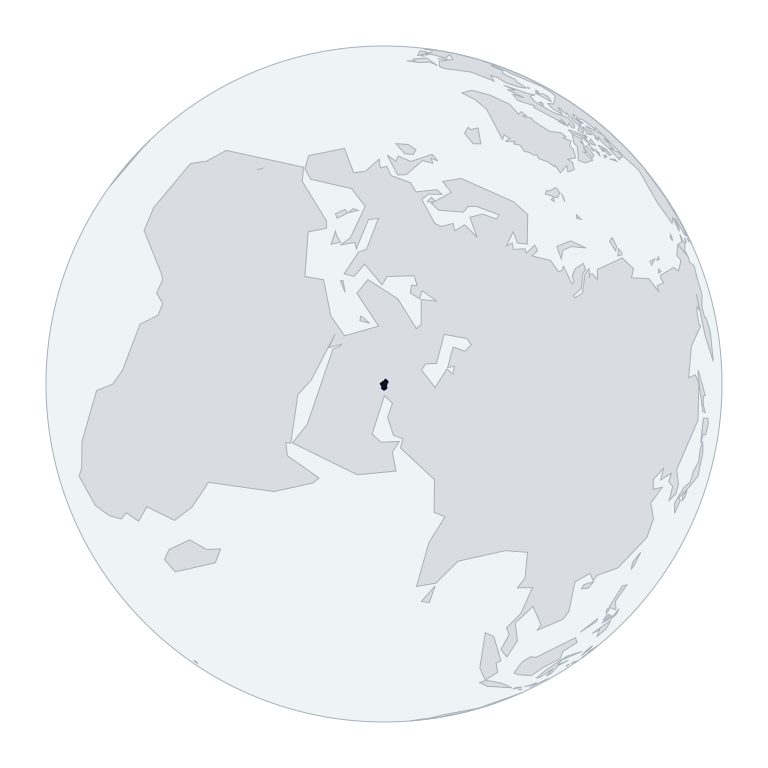 Dhi-Qar on an orthographic globe, rotated 49°
{"feature_id": "IRQ-3225", "entity_name": "Dhi-Qar", "entity_type": "Province", "adm_level": 1, "iso_a3": "IRQ", "parent_name": "Iraq", "parent_adm1": "", "projection": "orthographic", "projection_center": [46.195, 31.256], "detail": "fine", "context": "on_globe", "style": "filled", "palette": "ink", "viewbox_px": 768, "rotation_deg": 49, "n_neighbors": 0, "source": "natural_earth", "source_scale": "10m", "svg_char_len": 11483}
<svg xmlns="http://www.w3.org/2000/svg" viewBox="0 0 768 768"><g transform="rotate(49 384 384)"><circle cx="384" cy="384" r="338" fill="#eef3f6" stroke="#a8b0b8"/><path d="M391.6,46.2L421.9,48.6L437.3,50.4L431.0,50.0L460.6,54.9L479.8,59.9L457.5,54.2L452.8,53.4L466.9,56.9L465.2,56.9L471.0,59.0L467.7,59.1L451.7,55.8L449.3,56.1L459.4,58.7L462.5,61.1L448.0,57.1L451.8,61.2L425.8,58.6L389.7,51.4L372.9,53.4L329.2,56.2L330.8,57.4L315.2,60.5L311.2,63.4L304.3,64.0L307.1,65.9L314.2,64.9L317.8,65.7L316.1,67.6L307.0,68.3L306.5,67.4L302.9,68.7L299.0,68.4L300.0,69.6L289.1,70.9L297.2,72.6L286.4,76.2L279.8,76.3L284.0,72.3L279.3,65.9L274.0,66.4L262.3,70.1L232.8,84.6L225.5,87.5L213.0,94.1L215.3,93.8L225.9,88.7L227.3,90.7L240.1,85.2L242.5,85.6L254.3,82.3L248.7,87.3L236.8,94.3L226.7,97.6L221.2,101.1L227.6,102.2L205.9,113.5L186.3,130.8L181.1,133.8L176.5,130.6L184.4,118.9L178.5,118.3L178.3,123.7L165.3,132.6L161.5,136.5L159.9,139.5L163.3,138.3L158.0,142.9L156.2,138.3L161.0,134.1L161.5,135.3L165.1,130.3L163.8,128.8L157.3,134.3L161.0,130.1L180.5,114.2L201.1,99.9L222.7,87.1L245.2,75.9L268.4,66.5L292.3,58.7L316.7,52.8L341.5,48.8L366.5,46.5L391.6,46.2ZM46.5,400.8L47.3,410.2L51.4,437.5L54.1,455.3L54.8,460.2L49.3,430.7L46.5,400.8ZM449.1,52.4L448.7,52.3L441.0,50.9L448.1,52.2L449.1,52.4ZM472.4,59.3L475.2,59.9L477.0,60.8L472.4,59.3ZM256.6,79.9L255.5,81.1L253.9,81.0L256.6,79.9ZM262.8,77.6L261.8,76.7L264.6,75.6L265.2,76.1L262.8,77.6ZM473.6,62.0L475.8,63.7L470.8,61.3L473.6,62.0ZM263.4,79.0L269.7,73.6L274.6,71.7L280.9,72.4L263.4,79.0ZM475.2,64.4L480.6,69.6L487.1,70.9L471.5,70.8L472.1,65.9L465.0,62.5L471.9,64.4L475.2,64.4ZM317.2,63.9L309.5,65.0L317.5,62.5L317.2,63.9ZM321.4,62.2L340.7,55.1L351.2,55.0L342.6,57.1L357.4,56.2L353.0,59.6L343.9,60.8L338.0,60.0L340.8,62.1L321.4,62.2ZM462.1,70.4L461.0,71.5L459.1,69.8L462.1,70.4ZM319.9,65.8L322.8,64.1L332.1,63.8L327.9,67.2L326.2,66.1L319.9,65.8ZM363.4,54.7L369.6,55.4L367.7,58.2L369.9,59.0L353.8,59.7L363.4,54.7ZM323.3,67.2L325.5,69.0L319.6,71.0L317.6,67.5L323.3,67.2ZM336.3,62.4L340.5,62.6L336.8,63.5L336.3,62.4ZM299.8,80.2L303.1,77.6L308.3,77.1L299.8,80.2ZM326.7,69.6L328.7,69.0L331.1,68.6L331.3,70.3L326.7,69.6ZM353.6,61.9L351.6,63.1L360.1,61.7L359.1,64.2L348.5,64.4L352.6,65.4L352.3,66.2L344.1,65.6L353.6,61.9ZM338.7,71.3L325.0,73.2L317.7,77.8L312.9,78.2L325.6,70.8L338.7,71.3ZM342.6,67.9L339.1,70.0L335.0,69.1L334.8,67.2L342.6,67.9ZM362.1,66.1L366.5,62.1L368.6,62.3L362.1,66.1ZM337.4,72.7L340.8,72.2L337.4,73.1L337.4,72.7ZM355.5,68.1L356.7,66.6L359.1,66.8L355.5,68.1ZM346.4,72.9L342.0,73.4L341.7,71.9L346.4,72.9ZM351.2,70.8L354.2,71.5L344.3,71.1L351.4,70.1L351.2,70.8ZM357.5,68.6L359.4,68.2L356.7,69.2L357.5,68.6ZM350.0,78.5L337.5,78.4L336.9,75.0L349.2,75.5L350.0,78.5ZM99.8,442.0L90.7,385.4L99.5,371.6L104.2,349.8L167.6,302.5L177.5,312.8L223.5,320.5L228.6,325.3L219.5,341.5L251.0,373.2L265.6,361.2L297.8,379.5L321.7,382.2L336.8,350.1L297.7,344.9L294.7,327.6L328.9,317.7L363.5,323.3L363.5,316.8L344.7,300.6L355.8,289.9L338.5,294.1L343.2,301.2L332.5,304.5L327.6,298.3L331.7,294.5L322.1,290.3L305.0,311.0L307.8,320.4L280.9,320.0L283.1,336.1L274.7,341.7L267.8,316.8L270.8,308.7L255.4,279.7L249.7,287.9L263.9,316.3L258.0,313.0L250.5,325.8L251.6,313.4L237.6,281.7L215.4,280.2L181.5,304.9L169.7,302.6L162.3,290.9L180.2,259.3L204.6,268.3L211.3,258.6L211.1,240.2L218.6,245.0L221.5,239.0L231.2,242.0L249.6,231.9L260.1,233.8L271.9,216.8L278.9,215.8L269.9,225.9L269.4,234.4L296.2,240.3L302.7,237.6L308.2,226.5L314.9,230.1L316.8,218.7L334.4,217.5L314.5,209.8L320.4,198.1L333.5,190.9L331.9,186.1L310.5,197.8L305.2,204.0L306.4,211.3L288.9,228.6L278.7,229.7L283.5,207.4L269.6,206.9L279.4,191.0L331.1,166.8L350.3,164.3L372.4,184.1L365.3,190.8L353.8,186.6L360.2,201.0L361.7,194.7L367.3,198.1L374.4,188.9L378.6,191.0L378.1,179.1L384.1,180.7L384.4,188.2L400.0,177.3L413.7,178.7L415.2,175.3L412.9,171.3L431.9,176.5L432.1,173.9L426.0,171.0L422.5,164.2L423.7,154.5L430.2,156.8L430.6,160.6L441.4,172.6L441.5,183.2L444.3,183.3L445.7,174.7L432.7,159.9L431.5,153.5L438.9,159.6L436.1,156.8L437.6,154.4L445.2,154.5L437.6,147.6L445.2,121.5L460.6,120.0L466.2,127.6L478.4,114.9L494.8,116.2L489.1,113.3L491.1,106.5L486.0,105.9L483.4,104.1L486.1,88.8L491.8,87.8L486.5,79.8L483.6,78.6L479.1,78.8L471.5,70.8L487.1,70.9L493.0,73.5L498.8,72.6L511.3,79.1L524.3,84.8L534.7,93.7L544.1,98.2L545.3,97.4L559.0,103.7L583.0,120.7L558.3,109.9L521.2,89.4L535.9,97.5L531.0,96.9L535.3,100.9L545.8,107.1L548.0,107.0L556.9,126.9L579.1,150.0L581.3,143.1L590.1,145.9L617.3,170.8L640.8,219.6L652.8,227.5L658.4,235.7L658.9,245.2L650.7,233.3L644.6,233.2L639.9,225.6L637.9,238.2L631.0,228.0L632.8,243.7L640.2,249.7L644.5,241.6L648.9,260.8L662.6,269.1L672.2,286.1L676.2,328.2L668.2,348.7L669.4,355.0L662.0,352.8L658.6,369.7L677.2,394.0L678.9,403.5L670.3,430.2L669.0,423.5L649.6,417.5L650.5,441.7L665.3,451.8L670.6,470.3L661.1,470.0L655.3,454.1L648.3,451.4L647.0,431.1L635.1,405.5L625.3,417.0L623.0,404.9L605.2,386.1L589.4,401.7L566.3,444.4L568.3,475.6L558.1,492.3L533.2,454.1L524.1,425.0L513.8,430.4L489.3,408.6L443.1,413.5L437.8,405.7L428.8,410.4L411.7,403.3L404.0,390.2L393.1,391.5L414.1,425.8L425.9,424.5L437.4,410.2L440.9,422.5L457.6,432.0L434.9,463.8L368.4,491.7L364.0,468.2L324.2,399.7L326.6,392.3L326.5,391.4L326.2,389.8L320.4,401.7L314.2,387.9L333.2,436.2L335.5,456.0L367.4,493.1L363.9,496.6L374.8,504.0L412.3,494.7L412.1,502.4L393.1,537.5L343.0,581.0L350.9,609.4L349.5,631.6L321.1,643.5L326.5,659.3L312.3,662.9L313.4,670.9L303.6,677.5L286.2,681.6L253.5,674.5L249.1,667.4L229.1,649.4L200.4,605.2L206.1,588.8L202.2,572.5L178.8,528.9L183.8,509.4L178.1,498.2L166.1,495.9L159.8,482.2L152.8,478.9L110.8,464.4L99.8,442.0ZM141.9,333.0L139.3,339.2L139.2,339.3L141.9,333.0ZM398.0,346.6L420.2,347.7L413.9,326.6L421.9,325.6L416.8,319.2L413.3,325.1L401.5,307.5L412.4,301.4L411.6,292.3L404.1,291.6L386.0,306.0L402.9,330.8L396.2,339.4L398.0,346.6ZM165.5,132.8L165.4,133.3L162.8,136.9L162.0,136.5L165.5,132.8ZM163.5,147.5L155.1,154.5L160.6,148.8L157.8,149.0L165.8,138.0L178.9,134.8L171.5,137.9L163.5,147.5ZM180.2,123.6L173.6,130.2L180.3,123.2L180.2,123.6ZM228.2,206.2L229.9,211.5L223.8,217.2L210.5,217.3L219.1,208.6L228.2,206.2ZM233.7,217.8L242.2,197.0L250.9,197.0L244.6,200.4L249.4,202.4L240.6,208.5L240.6,229.8L235.2,236.5L213.5,231.4L223.5,229.0L221.2,223.7L233.7,217.8ZM248.7,151.9L252.5,145.0L266.3,153.4L261.2,159.0L247.5,158.7L245.5,152.1L248.7,151.9ZM273.4,82.2L273.9,80.6L276.5,80.1L278.1,81.2L273.4,82.2ZM300.9,79.0L273.6,89.5L272.9,87.9L257.7,97.0L249.9,96.7L259.9,90.6L242.6,97.8L248.5,92.2L237.0,97.7L260.2,84.2L264.8,80.2L262.6,84.6L269.7,84.9L274.2,83.8L290.3,78.0L303.7,70.4L312.9,70.2L315.8,72.1L314.0,73.9L308.6,73.3L310.0,76.1L300.8,76.7L300.9,79.0ZM344.6,106.1L339.1,102.7L340.4,112.4L331.2,111.4L332.0,112.6L323.8,114.6L315.2,119.4L311.6,118.2L309.8,120.7L304.4,122.4L300.7,125.5L292.9,124.7L287.8,128.6L287.0,126.1L280.3,133.2L281.8,127.7L274.9,129.9L277.1,134.1L244.0,126.3L228.9,128.7L215.5,134.2L219.9,125.1L235.3,114.6L255.0,105.7L268.9,105.3L268.4,101.7L274.9,100.6L272.6,103.9L280.0,98.3L284.7,98.4L302.3,93.1L310.0,86.0L316.7,84.3L316.0,87.2L323.1,83.5L326.3,88.0L331.1,87.1L339.1,91.0L335.0,97.9L340.7,96.4L347.0,99.8L344.6,106.1ZM352.0,79.7L349.2,87.1L342.8,90.5L331.6,82.4L326.7,82.6L319.3,78.4L328.8,73.8L330.0,75.3L333.4,75.8L329.1,77.0L335.1,76.4L337.1,78.7L342.2,79.0L339.9,81.2L352.0,79.7ZM236.8,320.5L241.2,322.5L248.6,323.7L243.9,332.2L236.8,320.5ZM226.7,299.0L231.1,299.1L228.1,310.7L223.6,309.0L226.7,299.0ZM236.0,289.6L231.5,298.2L231.2,292.5L236.0,289.6ZM274.2,225.6L279.1,225.4L278.6,228.2L274.8,231.6L274.2,225.6ZM346.5,137.7L344.4,134.4L346.5,133.5L348.5,125.4L355.5,125.9L357.0,131.0L346.5,137.7ZM328.7,355.1L320.4,360.6L317.4,357.1L320.9,355.9L328.7,355.1ZM279.0,347.0L289.2,353.2L277.6,349.2L279.0,347.0ZM354.5,136.9L354.5,133.4L358.0,135.9L354.5,136.9ZM360.7,126.0L365.2,128.1L356.6,125.1L360.7,126.0ZM470.3,707.7L473.2,707.9L467.7,709.1L470.3,707.7ZM408.3,628.6L388.8,664.8L372.5,664.8L367.9,654.8L374.1,633.0L392.6,626.4L401.3,615.5L408.3,628.6ZM702.3,483.2L704.8,479.9L704.5,481.4L702.3,483.2ZM699.8,483.3L703.3,478.6L698.7,487.0L699.8,483.3ZM704.6,476.8L708.0,469.0L709.6,464.6L708.9,467.7L704.6,476.8ZM697.2,486.8L679.9,504.4L672.1,507.7L674.7,501.3L687.2,491.4L697.2,486.8ZM674.0,501.7L661.2,498.0L638.2,470.7L646.6,466.8L669.5,477.3L668.2,482.5L676.0,487.2L674.0,501.7ZM702.2,450.4L700.7,464.2L691.8,473.1L687.4,475.5L684.4,462.2L686.1,452.2L690.0,448.8L701.1,406.0L705.7,407.8L703.2,424.4L706.8,431.3L702.2,450.4ZM570.0,478.0L578.7,493.3L572.7,498.3L570.0,478.0ZM702.5,380.1L700.1,398.5L701.3,376.4L702.5,380.1ZM701.5,361.1L703.1,367.1L700.1,363.4L701.5,361.1ZM672.1,363.9L668.1,369.2L666.6,364.8L670.7,355.5L672.1,363.9ZM679.5,300.8L684.9,314.0L686.1,319.2L681.6,313.1L679.5,300.8ZM414.1,142.1L403.4,152.2L400.4,161.1L405.9,168.1L393.6,163.2L398.3,149.4L414.1,142.1ZM440.7,123.5L435.7,118.3L440.8,118.3L442.6,119.5L440.7,123.5ZM435.6,121.9L424.1,120.0L423.2,115.7L432.5,118.0L435.6,121.9ZM389.1,127.1L385.4,129.9L382.7,127.7L389.1,127.1ZM655.4,585.4L663.6,572.3L665.0,570.8L672.6,556.3L690.8,525.0L706.1,486.0L707.1,483.1L697.5,510.2L685.6,536.4L671.5,561.6L655.4,585.4ZM708.4,473.4L712.9,457.2L714.3,452.9L708.4,473.4ZM720.6,413.5L720.5,414.5L720.6,411.1L721.3,402.8L720.2,406.1L721.6,394.7L721.6,399.6L720.6,413.5ZM717.1,427.7L716.7,431.4L716.1,431.0L717.1,427.7ZM718.2,422.9L719.7,419.8L717.8,426.4L718.2,422.9ZM708.8,431.2L709.9,437.2L713.4,426.1L710.7,438.0L712.1,447.0L710.9,453.3L709.7,443.2L707.7,459.2L706.0,461.6L706.0,450.6L708.2,432.6L709.8,423.7L715.7,410.1L708.8,431.2ZM718.5,413.2L717.9,405.7L718.2,398.2L719.0,401.2L718.5,413.2ZM714.4,388.6L710.7,382.5L708.9,390.7L711.1,367.4L714.5,377.0L714.4,388.6ZM709.0,368.9L707.4,376.5L708.1,363.8L709.0,368.9ZM706.2,373.9L704.4,366.9L706.5,364.9L706.2,373.9ZM710.1,367.3L707.8,353.9L710.2,359.8L710.1,367.3ZM699.6,351.5L706.5,357.2L700.1,360.5L692.8,336.7L695.0,332.5L699.6,351.5ZM667.9,236.1L663.5,230.5L663.6,225.8L666.6,230.9L667.9,236.1ZM659.6,207.6L662.1,222.8L663.4,236.2L666.2,236.8L672.2,249.5L664.5,242.7L658.8,225.4L659.0,217.4L652.8,207.6L649.1,197.5L640.2,187.6L636.5,181.2L644.6,188.0L659.6,207.6ZM636.3,183.7L619.4,165.4L622.4,162.1L626.8,165.3L633.3,174.9L631.3,176.0L636.3,183.7ZM616.2,160.3L614.1,161.5L585.0,142.4L579.6,137.7L603.4,149.1L602.7,151.1L609.3,156.8L616.2,160.3ZM464.7,72.3L461.3,71.6L464.1,71.3L464.7,72.3ZM480.5,104.0L477.5,101.5L480.8,100.9L480.5,104.0ZM470.8,94.7L469.2,97.0L468.2,93.5L470.8,94.7ZM466.0,102.8L467.2,97.5L470.0,104.0L466.0,102.8Z" fill="#d9dde1" stroke="#a8b0b8" stroke-width="1"/><path d="M381.9,381.7L381.8,380.9L381.6,380.3L381.6,380.1L381.7,379.9L382.2,380.0L382.5,379.8L382.8,379.7L383.0,379.7L383.3,379.6L384.6,379.6L384.8,379.8L384.7,379.8L384.6,380.0L384.7,380.3L385.1,380.9L385.1,381.1L385.2,381.4L385.4,381.7L385.5,381.7L385.6,381.8L385.7,382.0L385.8,382.1L386.0,382.2L386.0,382.3L386.1,382.5L386.0,382.8L386.1,383.2L386.5,383.5L386.7,383.8L386.8,383.8L386.7,383.9L386.7,384.1L386.8,384.3L387.0,384.5L387.3,384.7L387.8,384.7L388.7,384.7L388.7,385.2L388.7,386.4L388.6,387.1L388.5,387.3L388.6,387.8L388.5,388.0L388.4,388.0L387.7,387.9L385.9,388.4L385.7,388.4L385.4,387.9L384.9,387.1L384.1,386.8L381.6,386.5L381.5,385.6L381.6,385.3L381.6,385.2L381.9,385.0L382.0,384.8L382.0,384.7L381.9,384.6L381.7,384.5L381.7,384.4L381.8,384.2L382.1,383.5L381.8,383.5L381.6,383.5L381.6,383.4L382.0,382.9L382.0,382.7L382.0,382.4L381.9,382.4L381.9,382.2L382.0,382.1L382.1,381.9L381.9,381.7Z" fill="#0f172a" stroke="#020617" stroke-width="1.5"/></g></svg>